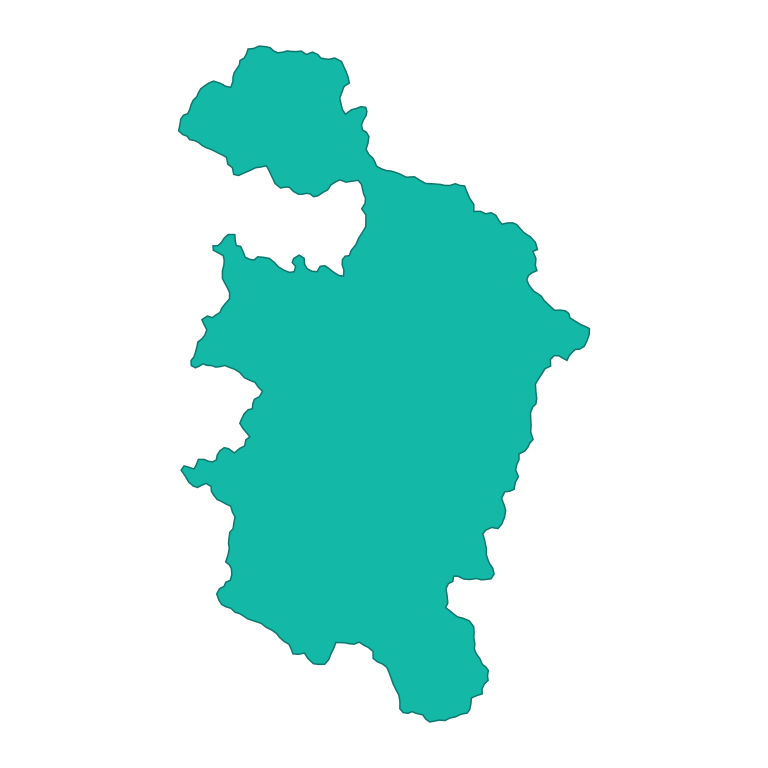 the district of Muriaé, Minas Gerais, Brazil
{"feature_id": "56859067B59744143145947", "entity_name": "Muriaé", "entity_type": "district", "adm_level": 2, "iso_a3": "BRA", "parent_name": "Brazil", "parent_adm1": "Minas Gerais", "projection": "robinson", "projection_center": [-42.437, -21.086], "detail": "fine", "context": "isolated", "style": "filled", "palette": "teal", "viewbox_px": 768, "rotation_deg": 0, "n_neighbors": 0, "source": "geoboundaries", "source_scale": "gbopen_adm2", "svg_char_len": 5956}
<svg xmlns="http://www.w3.org/2000/svg" viewBox="0 0 768 768"><path d="M494.1,574.2L492.7,568.1L489.6,563.7L487.9,559.6L486.4,554.9L486.4,548.6L485.4,544.3L484.3,538.8L482.7,534.0L485.8,530.1L491.6,527.5L498.0,528.5L502.0,523.7L504.5,517.2L505.7,510.7L504.2,505.2L501.6,498.5L504.7,491.8L509.5,491.3L514.1,489.3L515.3,482.4L518.4,476.6L515.6,469.7L516.9,464.2L519.0,459.7L519.0,453.9L524.6,451.2L527.9,447.2L529.8,443.1L533.1,439.5L530.7,432.1L531.1,425.3L530.7,419.2L530.5,412.9L532.6,407.1L535.9,403.9L536.7,398.5L535.9,391.8L535.4,384.1L538.1,379.6L541.7,374.1L545.2,368.5L550.6,366.1L550.4,359.5L554.1,355.6L558.9,355.8L562.7,358.1L567.0,360.4L568.9,356.3L572.0,352.5L575.3,349.4L579.5,349.2L584.3,346.3L587.1,340.5L589.2,334.3L589.4,328.6L584.8,326.3L580.5,324.4L575.4,321.3L570.1,318.0L568.7,313.4L565.3,310.8L560.3,310.1L554.6,310.3L551.2,307.2L547.5,303.8L544.1,300.5L541.5,296.4L537.9,293.7L533.6,291.1L529.3,285.6L526.8,280.1L528.4,275.5L532.1,272.7L536.9,270.7L535.4,265.7L535.9,258.3L532.8,251.3L537.5,249.6L535.4,242.4L530.2,236.6L526.6,234.5L523.5,232.2L520.1,228.5L516.6,224.5L512.5,222.8L507.2,223.0L502.0,224.2L499.2,220.9L495.8,215.3L491.1,212.7L485.7,213.8L480.4,211.3L473.8,211.5L473.9,204.6L469.7,198.3L467.0,192.2L464.6,185.9L459.7,185.4L455.3,183.7L449.9,185.5L444.7,185.4L440.1,184.4L432.7,183.8L425.7,183.5L419.6,180.1L414.5,176.8L410.1,177.0L406.2,177.2L401.1,174.6L396.4,172.7L391.3,171.1L386.2,170.6L381.4,168.8L376.5,166.2L375.0,162.1L372.7,157.9L368.8,154.5L366.1,149.2L367.9,143.4L368.9,136.7L366.4,132.2L362.5,130.0L361.5,124.7L363.6,119.5L365.9,115.9L366.9,111.6L365.7,107.3L360.7,106.7L356.7,108.4L351.5,109.7L345.5,114.2L342.4,109.6L341.2,104.6L339.7,98.1L342.4,91.0L344.1,86.4L349.4,83.0L348.0,77.1L346.0,71.3L343.9,66.9L341.5,61.5L334.7,58.0L329.1,59.3L324.8,58.9L320.8,58.0L317.7,54.5L312.5,52.1L306.3,54.5L301.3,51.1L295.7,51.6L290.9,51.4L287.1,50.9L283.3,52.1L277.8,52.8L273.6,50.9L270.1,47.6L264.9,46.6L259.3,46.1L253.5,48.5L248.1,49.0L246.7,53.3L244.3,58.0L240.0,60.5L239.4,64.9L236.5,69.2L234.2,72.7L233.0,77.0L232.9,81.6L230.7,87.4L225.5,86.2L220.3,83.3L213.7,81.1L208.7,83.1L204.8,85.7L200.7,88.8L198.5,92.6L196.8,96.7L193.3,100.1L191.3,104.2L189.8,109.2L187.7,113.7L183.5,115.2L180.7,119.2L180.0,124.5L178.6,130.8L182.8,134.6L187.1,136.2L189.7,139.7L194.3,140.5L198.3,142.3L202.4,145.7L206.4,147.8L210.1,149.0L214.1,150.9L218.5,153.2L222.4,155.0L226.5,157.3L227.8,164.2L232.4,167.7L233.7,174.4L238.5,175.5L243.5,173.2L250.0,170.5L255.6,167.7L261.0,167.0L266.4,165.7L269.3,171.1L271.8,176.5L275.1,183.5L280.5,188.0L285.4,187.0L289.4,187.3L293.4,191.4L298.4,194.2L302.5,194.2L306.6,193.3L310.4,194.0L313.5,196.7L317.7,195.9L323.3,192.2L327.7,189.9L330.8,185.0L335.8,181.8L339.9,179.8L345.9,182.1L352.8,181.1L358.2,180.3L361.5,184.4L362.5,189.0L363.6,193.9L365.5,198.2L365.1,203.2L361.7,208.9L365.9,214.9L365.9,220.9L365.7,226.8L362.5,232.2L358.7,238.1L355.9,244.6L351.1,250.6L349.3,255.6L345.1,256.2L342.4,259.7L342.2,265.0L343.9,270.0L343.5,276.1L339.1,275.6L335.5,273.4L332.2,271.2L328.7,268.3L324.8,265.7L320.2,266.3L317.1,271.7L311.7,271.2L307.1,268.6L304.6,264.3L304.1,258.2L299.2,255.1L293.6,258.5L292.3,262.6L295.6,266.3L294.2,271.7L289.5,272.4L284.1,270.3L278.4,266.9L274.5,262.6L269.5,258.5L263.3,257.3L257.7,256.8L254.1,260.0L250.0,259.4L245.2,257.3L243.1,251.6L240.6,246.4L236.3,245.6L235.3,241.0L234.8,234.6L228.3,234.5L224.3,237.9L221.5,242.4L217.7,245.8L213.0,245.8L213.3,250.2L218.5,253.0L223.2,255.6L224.2,260.0L223.9,264.9L222.4,270.9L222.4,278.4L225.1,283.6L227.6,288.2L229.6,292.6L229.5,298.9L225.3,303.6L221.8,308.2L219.9,312.5L216.0,314.9L212.3,317.7L207.5,316.0L201.9,319.6L203.9,324.2L206.8,329.8L204.8,335.2L201.7,339.1L197.9,341.9L197.0,346.5L195.6,351.7L194.0,356.9L191.1,360.4L191.2,365.5L195.4,367.8L199.3,366.1L203.1,363.8L206.8,365.3L211.8,365.6L215.7,367.1L220.3,366.6L224.7,365.5L228.7,367.1L234.3,369.1L239.7,372.4L244.4,377.7L249.8,380.3L255.0,382.3L258.4,387.3L262.5,391.3L259.4,396.7L254.4,399.3L252.9,403.4L252.3,408.8L248.2,409.7L244.2,413.7L241.5,419.2L239.8,423.3L243.2,428.8L247.0,433.3L249.8,436.9L245.9,439.8L244.6,446.0L239.7,448.4L234.3,453.0L228.7,448.7L224.2,447.7L220.0,450.7L217.2,455.0L216.4,459.9L212.7,461.8L208.5,461.3L204.1,459.4L198.4,459.4L196.3,464.8L194.0,469.0L189.4,467.4L184.1,465.9L181.1,470.2L185.3,476.2L188.8,482.2L193.4,486.1L197.6,487.5L201.5,485.3L206.1,483.4L211.1,486.5L211.4,491.3L213.7,495.1L217.1,499.5L221.4,501.4L226.0,504.0L230.7,506.2L232.6,512.6L235.1,516.7L233.8,523.1L233.1,528.6L229.8,532.3L228.9,539.0L228.5,543.5L229.3,548.2L228.2,554.3L225.7,562.0L229.5,564.9L231.4,568.7L231.8,574.8L230.3,580.3L225.8,582.2L224.1,586.3L219.6,588.6L216.7,593.9L218.8,599.9L221.6,604.4L225.4,606.6L231.0,608.3L235.1,612.3L239.1,613.4L242.6,615.4L247.7,618.8L252.6,620.5L256.5,621.8L261.3,623.4L266.0,627.2L271.8,630.1L276.6,633.5L279.7,637.6L284.3,641.6L288.9,644.2L290.9,648.3L293.0,653.8L298.4,654.3L304.4,653.1L308.1,658.7L313.4,663.7L318.7,664.4L324.8,664.2L328.7,659.6L331.2,653.4L333.7,648.3L335.8,642.6L340.5,642.6L344.9,642.8L349.8,643.8L354.0,644.2L359.2,642.1L363.8,645.2L368.3,647.4L373.1,651.5L373.1,658.4L377.4,661.8L382.7,664.1L386.8,667.3L388.9,672.0L391.2,678.3L393.0,683.6L395.4,688.6L398.8,695.0L399.9,701.3L399.9,708.9L403.2,712.6L408.1,713.3L411.9,711.6L416.1,713.3L422.9,714.9L425.6,719.0L429.6,721.9L434.1,721.2L439.1,720.1L445.1,720.5L449.7,718.1L455.4,716.9L460.7,714.3L467.3,713.0L469.7,709.4L470.9,703.9L471.4,698.0L476.7,695.6L482.2,693.9L482.0,689.1L484.3,684.0L488.1,680.4L487.5,675.9L488.3,670.4L485.6,666.8L482.3,664.4L480.0,658.9L476.1,653.4L474.4,649.1L474.8,643.5L473.8,637.8L474.1,632.2L473.7,626.7L469.4,620.9L462.7,618.1L457.5,616.9L453.7,614.0L449.7,610.7L445.6,607.6L447.8,603.0L447.4,598.5L446.8,593.5L445.9,588.9L448.4,583.6L452.8,581.4L453.6,576.2L458.0,576.2L464.0,579.1L469.8,579.5L476.5,578.5L480.8,579.7L484.8,579.6L491.0,578.8L494.1,574.2Z" fill="#14b8a6" stroke="#0f766e" stroke-width="1.5"/></svg>